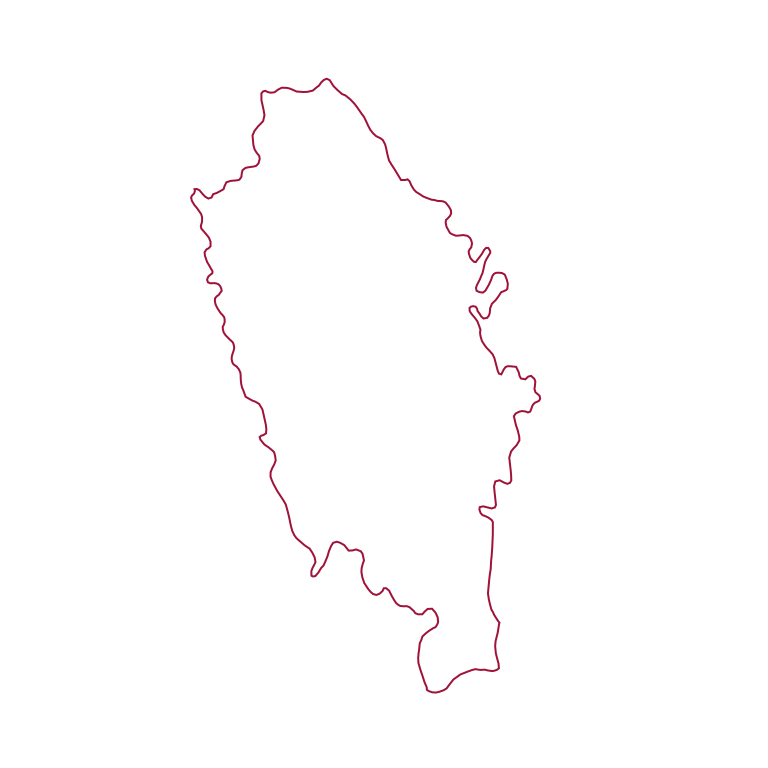 Syanno, Vitebsk, Belarus (Equal Earth projection), rotated 77°
{"feature_id": "67162791B30203465956125", "entity_name": "Syanno", "entity_type": "district", "adm_level": 2, "iso_a3": "BLR", "parent_name": "Belarus", "parent_adm1": "Vitebsk", "projection": "equal_earth", "projection_center": [29.908, 54.823], "detail": "fine", "context": "isolated", "style": "outline", "palette": "rose", "viewbox_px": 768, "rotation_deg": 77, "n_neighbors": 0, "source": "geoboundaries", "source_scale": "gbopen_adm2", "svg_char_len": 6133}
<svg xmlns="http://www.w3.org/2000/svg" viewBox="0 0 768 768"><g transform="rotate(77 384 384)"><path d="M435.9,239.2L435.1,236.5L433.4,235.1L430.4,235.1L426.1,238.3L422.6,238.5L420.4,237.6L415.7,236.0L412.9,236.3L409.2,238.8L409.2,241.8L411.2,245.2L409.4,249.4L406.4,250.1L402.9,250.1L397.0,251.4L395.1,257.1L394.5,259.4L394.8,261.7L396.8,264.1L398.9,265.8L401.0,267.6L399.7,269.7L396.7,270.2L390.5,270.4L383.6,270.6L379.5,271.5L375.1,273.9L371.8,275.9L368.4,277.4L364.1,278.9L359.2,279.2L355.7,278.9L352.8,277.8L348.3,278.3L344.0,278.9L339.7,280.7L336.5,282.4L333.6,283.7L332.0,284.1L329.2,283.6L328.2,281.8L328.2,279.7L329.3,277.3L331.6,276.4L334.0,276.4L336.4,275.3L340.0,274.1L342.6,272.3L342.7,268.5L340.8,266.3L338.4,264.9L334.0,263.5L330.1,260.8L327.3,256.2L324.6,253.0L320.9,249.2L320.6,247.0L319.9,243.7L319.0,242.4L314.2,240.8L309.6,240.9L304.6,241.7L302.4,244.1L301.4,247.1L300.9,249.8L301.4,252.1L303.2,254.1L307.0,256.5L311.1,259.7L315.9,264.2L317.2,267.1L315.9,270.4L314.0,272.8L311.1,272.8L308.4,271.1L305.7,268.8L303.3,266.8L300.1,264.6L298.5,263.3L294.2,261.1L291.5,259.9L287.5,257.8L285.0,255.7L282.3,253.1L280.0,250.9L278.1,250.7L274.9,251.8L274.4,254.0L275.9,256.3L279.1,259.2L281.3,261.7L284.0,265.1L285.8,267.1L285.3,268.7L282.9,270.4L280.6,271.5L276.7,271.9L274.1,271.8L271.9,270.2L270.6,268.3L266.8,266.6L263.6,266.7L261.2,267.3L258.5,269.2L256.7,273.3L256.2,277.7L255.7,280.6L253.2,284.2L251.6,285.8L247.1,287.1L245.0,287.7L241.0,287.7L238.2,286.8L236.9,284.5L235.0,281.8L232.9,280.2L229.9,279.7L225.9,280.8L221.1,283.1L219.3,285.3L218.2,288.6L217.9,290.1L216.0,293.7L215.1,296.2L212.7,299.9L210.3,303.4L206.7,306.8L204.3,309.3L201.4,311.1L196.6,312.7L192.3,313.4L189.9,315.0L190.0,317.5L189.1,321.5L184.2,323.1L176.9,325.5L172.3,327.2L167.4,328.8L162.8,329.0L158.7,329.0L154.8,328.9L150.9,329.0L146.2,330.2L143.9,332.0L142.3,334.0L140.6,336.0L137.4,338.2L133.1,340.2L128.5,341.4L124.0,342.3L119.2,343.4L116.2,344.8L109.1,347.6L104.6,349.6L99.4,352.6L94.1,356.7L92.1,359.6L87.3,363.1L82.2,366.3L75.8,368.5L73.7,371.1L74.2,374.3L76.1,377.4L78.6,380.2L79.9,383.1L82.1,387.4L82.1,393.1L81.3,397.0L80.2,400.6L79.4,403.3L75.2,408.9L73.7,411.8L72.3,416.9L73.1,420.2L73.7,421.9L75.0,424.7L75.0,426.8L74.5,429.4L73.3,431.7L71.6,433.8L71.7,436.0L73.3,438.1L80.0,439.6L84.5,439.6L90.3,439.7L95.2,440.0L100.6,442.6L102.7,445.6L104.5,448.6L108.3,453.3L112.3,456.2L121.6,457.5L126.5,457.3L130.2,456.0L133.6,454.3L136.6,454.4L140.9,456.7L142.7,459.6L142.8,461.9L142.5,465.4L142.3,467.9L142.3,470.4L143.8,473.7L147.0,475.3L150.0,476.3L152.4,478.9L152.5,481.2L151.6,487.7L152.0,492.2L155.4,494.9L158.1,496.5L159.2,500.2L160.2,503.8L160.6,507.7L163.5,510.1L163.8,513.4L161.3,516.1L157.9,518.1L153.7,520.2L151.9,522.5L151.5,524.8L153.3,524.8L155.7,526.2L157.1,528.6L158.8,530.0L162.3,530.0L166.9,528.5L170.5,526.7L177.1,524.0L180.4,523.7L185.0,524.8L188.9,527.0L191.6,527.0L196.6,524.3L201.9,521.7L206.3,521.0L210.7,522.0L212.3,524.3L212.9,526.7L215.3,529.2L218.8,529.6L225.4,528.9L228.7,527.8L232.5,526.7L235.0,525.9L236.0,525.8L237.5,526.4L238.7,529.1L240.0,531.2L242.5,532.9L245.2,532.7L246.8,530.7L247.4,527.2L248.1,525.1L249.4,523.0L251.7,521.6L254.5,521.1L256.7,521.2L258.4,523.2L260.0,524.9L261.0,527.4L262.7,529.5L265.6,530.2L268.5,530.2L271.4,529.6L273.5,529.0L278.0,527.3L280.5,525.8L283.0,524.7L284.8,524.7L287.8,525.3L290.6,527.0L291.8,528.2L294.2,528.7L297.7,528.6L300.7,527.5L302.8,526.2L306.1,524.2L308.0,522.8L309.8,521.8L312.7,521.6L315.0,521.8L317.5,522.9L320.7,524.9L323.2,526.2L325.7,526.9L328.8,526.9L330.6,526.4L332.7,524.8L333.6,523.8L336.8,522.2L340.5,521.4L343.2,521.7L347.1,522.5L349.2,522.8L351.9,523.1L355.6,523.1L357.3,522.7L360.4,522.3L365.3,521.7L370.3,516.3L372.4,513.2L375.4,510.1L381.5,508.2L388.3,508.2L397.2,508.3L401.6,508.8L405.6,510.1L406.7,513.3L406.7,515.2L407.7,517.1L410.5,516.9L416.1,514.1L419.9,510.6L423.4,507.9L425.7,506.4L429.8,506.3L434.1,506.7L437.6,509.0L441.2,512.1L444.4,514.3L448.7,515.4L452.3,515.0L456.5,514.2L464.2,512.1L470.4,509.8L475.6,507.9L479.4,506.8L486.3,506.5L492.6,506.4L498.9,506.6L503.0,506.6L506.6,506.4L511.2,505.4L514.3,504.1L517.2,502.1L523.5,497.5L527.7,493.5L532.2,491.8L537.2,490.6L542.1,490.8L544.4,492.6L547.0,494.9L550.0,496.9L554.5,497.8L555.6,496.4L555.7,494.1L552.9,490.3L549.2,486.7L547.2,483.7L542.8,480.4L539.3,477.9L534.4,475.2L529.9,471.9L527.3,469.3L527.1,465.3L528.9,462.4L532.0,459.0L538.4,455.9L539.1,452.1L538.9,448.5L541.7,444.3L544.6,443.1L551.4,443.2L554.5,445.2L558.4,447.2L562.1,448.3L567.6,448.6L573.5,448.0L580.0,445.6L583.6,443.8L586.2,441.9L587.8,438.9L587.4,435.6L585.4,432.0L583.0,430.2L583.4,427.9L586.5,425.5L592.3,424.1L596.3,422.9L599.9,421.6L602.3,419.9L603.9,418.1L605.1,414.6L605.5,412.0L607.1,409.4L612.0,406.0L614.4,405.0L616.1,402.5L617.0,398.5L614.8,395.4L613.0,392.1L613.8,387.7L618.5,385.2L623.3,384.2L628.2,384.8L630.6,386.5L632.5,388.5L632.9,390.7L634.2,394.5L635.4,397.4L636.7,400.0L638.6,403.3L642.2,405.5L644.7,407.5L651.0,409.6L653.6,410.7L658.5,412.3L663.6,413.2L671.0,412.8L676.4,412.2L683.6,411.6L689.1,410.6L691.7,411.0L693.5,409.2L695.3,406.2L696.3,402.9L696.4,399.9L695.8,394.8L694.7,391.5L691.2,387.4L687.5,382.8L684.2,374.9L683.2,368.3L682.5,362.8L682.4,359.1L684.3,354.4L685.0,350.1L686.4,347.4L688.1,343.0L688.2,340.9L687.9,338.3L686.9,336.0L682.1,335.3L676.8,335.5L671.6,335.6L664.6,334.7L659.6,333.1L652.2,329.3L643.2,325.6L642.7,325.2L640.2,326.3L634.1,328.5L631.1,329.1L627.9,330.1L622.4,330.3L617.5,330.3L611.4,329.8L607.4,328.5L597.5,325.2L593.0,323.6L588.4,321.7L580.7,319.5L576.1,317.9L567.6,315.3L555.0,311.8L547.7,310.1L543.0,309.0L540.7,309.7L537.5,312.5L535.0,315.7L534.0,317.5L531.5,318.9L527.8,319.3L525.5,318.4L525.5,315.0L529.5,307.0L529.2,303.7L527.0,302.1L514.3,300.6L508.5,299.8L504.0,297.5L503.8,293.0L507.0,289.3L509.0,286.3L508.7,283.6L506.7,281.7L501.2,280.6L496.0,279.9L483.8,278.5L478.3,275.3L476.0,272.4L473.5,268.6L469.5,264.8L466.1,264.1L459.6,264.1L453.8,264.7L444.6,264.7L442.4,262.4L441.4,258.5L441.4,255.6L442.6,252.3L444.1,250.1L443.8,247.8L441.6,246.2L439.1,244.7L437.6,243.4L436.1,241.1L435.9,239.2Z" fill="none" stroke="#9f1239" stroke-width="2"/></g></svg>